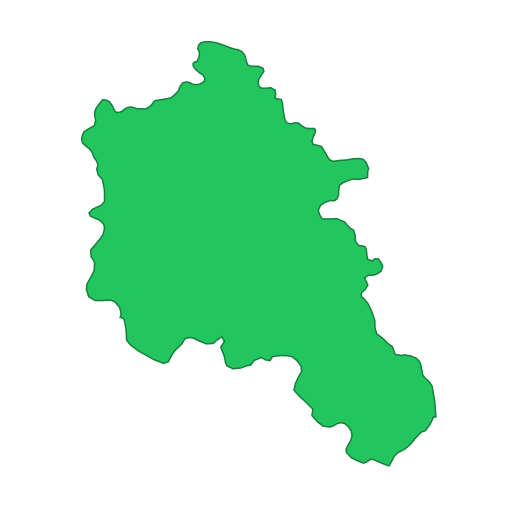 Vawkavysk, Grodno, Belarus, rotated 357°
{"feature_id": "67162791B87198261111694", "entity_name": "Vawkavysk", "entity_type": "district", "adm_level": 2, "iso_a3": "BLR", "parent_name": "Belarus", "parent_adm1": "Grodno", "projection": "orthographic", "projection_center": [24.403, 53.18], "detail": "fine", "context": "isolated", "style": "filled", "palette": "green", "viewbox_px": 512, "rotation_deg": 357, "n_neighbors": 0, "source": "geoboundaries", "source_scale": "gbopen_adm2", "svg_char_len": 4007}
<svg xmlns="http://www.w3.org/2000/svg" viewBox="0 0 512 512"><g transform="rotate(357 256 256)"><path d="M371.5,183.6L371.7,181.3L372.0,177.5L373.0,174.5L372.2,172.2L371.1,168.8L368.3,165.1L363.7,164.0L358.3,164.0L351.2,164.9L344.7,164.9L337.9,165.5L334.2,163.5L332.2,159.6L330.5,156.4L328.5,152.7L327.3,150.2L322.5,148.5L319.1,147.6L317.9,144.5L319.1,140.8L321.6,135.9L322.0,133.0L320.5,131.6L316.9,131.6L312.0,130.8L307.6,127.7L305.6,125.6L302.4,125.0L297.1,125.8L293.7,124.7L292.2,122.3L291.5,118.1L290.9,113.2L290.6,108.9L290.5,105.2L289.5,101.1L286.0,100.3L283.1,99.1L284.2,95.6L283.8,91.3L279.5,88.7L276.7,88.9L272.7,88.9L269.7,88.4L267.7,86.4L267.3,82.4L268.2,79.3L270.7,75.9L273.5,71.9L272.9,69.0L268.9,66.8L264.9,66.4L261.3,66.4L258.0,65.0L256.8,62.1L255.7,57.0L255.1,54.5L252.2,50.8L248.8,49.0L246.1,48.5L240.6,46.5L235.0,43.9L228.9,41.4L224.7,40.3L220.7,39.6L216.7,39.4L212.2,40.1L209.8,42.3L208.7,45.9L210.2,49.5L209.6,54.1L207.3,58.6L204.7,59.1L203.1,60.8L203.3,63.1L205.5,66.6L209.1,70.0L212.5,72.6L214.3,76.0L213.4,78.9L208.9,81.4L204.5,81.8L201.6,81.1L198.9,79.3L195.3,78.5L192.0,79.2L189.3,82.3L187.1,87.0L184.4,89.6L179.6,93.5L172.7,94.6L167.9,95.1L163.0,95.6L161.4,97.4L159.0,100.3L154.6,102.9L152.2,103.3L148.8,103.0L144.7,102.6L142.4,101.6L138.5,100.5L135.1,101.1L132.7,102.3L130.4,104.1L127.8,105.2L124.6,105.4L122.8,104.2L121.3,100.9L120.1,97.9L117.9,94.5L115.3,92.7L111.1,91.9L106.8,96.6L104.1,100.0L102.3,104.0L102.3,107.7L103.0,112.2L101.3,117.3L96.8,119.6L93.7,121.2L90.6,123.2L88.7,126.9L88.0,129.8L88.5,133.9L92.5,137.8L95.6,140.7L98.1,144.5L99.2,148.7L101.5,152.4L103.0,156.5L101.5,160.9L102.6,166.7L106.6,171.5L108.1,182.0L107.9,187.3L107.6,193.5L104.4,197.1L100.4,198.7L95.3,200.7L91.5,204.3L92.6,207.4L96.4,209.5L101.1,211.7L103.8,214.0L106.0,217.3L106.0,221.1L104.3,226.8L101.9,229.9L98.1,234.0L95.4,237.1L91.3,241.1L91.3,248.2L93.7,251.9L94.4,254.6L93.6,262.1L90.5,267.5L85.7,275.2L84.8,280.3L86.9,288.0L92.9,292.0L100.1,292.4L108.6,292.4L112.8,294.5L117.0,299.9L118.1,304.7L118.1,308.3L117.1,310.2L120.6,311.4L121.5,315.5L122.4,322.1L122.4,327.9L122.4,333.3L125.9,338.2L133.9,344.9L140.6,349.0L148.2,353.9L158.0,358.4L162.9,357.0L167.4,349.5L170.9,345.5L177.2,340.1L180.8,334.8L185.7,333.9L189.2,334.8L195.9,338.4L201.7,341.1L206.6,341.1L208.8,341.1L212.4,338.0L217.8,334.8L220.0,339.7L216.0,345.1L219.1,354.5L220.0,360.7L221.3,364.3L227.1,367.4L235.1,367.0L240.9,365.2L245.0,364.7L248.5,360.3L256.1,357.6L260.1,360.3L264.6,361.2L267.3,357.2L274.9,356.7L282.0,357.2L286.9,358.5L291.8,363.0L295.4,368.7L295.4,374.1L292.3,378.6L288.7,385.3L286.9,392.0L292.3,398.7L298.6,404.9L304.8,412.1L303.5,418.3L309.1,425.2L314.1,429.4L321.0,430.7L325.1,429.4L328.4,427.5L331.8,427.0L335.5,427.7L339.0,430.8L341.9,435.6L342.5,439.8L341.9,442.7L340.7,445.6L337.4,450.8L335.7,454.3L336.1,456.8L340.5,462.3L346.6,465.8L352.6,468.5L355.9,467.4L359.8,465.0L362.3,465.2L367.1,467.7L373.9,471.0L377.9,472.6L383.9,462.9L387.2,460.0L394.5,456.6L400.2,452.3L405.5,446.5L411.7,440.6L416.1,439.2L420.9,433.4L422.3,431.0L424.7,426.2L427.2,426.1L427.0,414.1L426.7,408.4L425.8,401.8L425.2,395.5L422.4,390.6L418.4,386.7L416.1,383.2L415.7,379.0L414.9,373.2L413.7,369.8L410.6,366.4L405.4,363.9L399.1,362.5L396.0,363.0L390.0,361.6L389.1,359.1L387.4,353.6L383.4,350.5L378.5,345.1L372.5,340.0L371.0,333.4L371.3,326.9L369.3,319.5L367.9,315.5L365.8,310.3L363.8,307.2L361.5,304.1L359.0,301.8L359.5,298.1L363.2,295.2L366.1,291.2L364.9,287.5L363.2,283.5L367.2,281.2L372.9,281.2L376.9,279.8L380.0,277.8L382.0,273.2L380.8,269.5L378.0,265.3L374.3,265.0L372.0,267.0L367.4,265.3L366.8,261.3L366.5,254.8L365.1,252.2L362.8,251.6L359.1,250.8L356.3,247.1L356.0,239.7L354.8,235.4L351.7,233.2L348.8,230.0L346.3,226.6L342.0,224.6L338.6,222.9L333.2,223.0L324.0,222.4L321.5,217.6L320.6,213.3L323.2,208.7L327.4,206.2L333.1,204.5L337.1,205.0L339.7,203.3L341.6,199.6L341.9,195.9L343.0,189.9L346.2,187.7L351.3,185.7L356.7,184.2L362.9,184.8L371.4,183.6L371.5,183.6Z" fill="#22c55e" stroke="#15803d" stroke-width="1.5"/></g></svg>